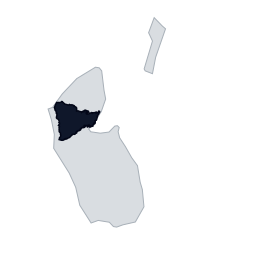 Bethlehem, West Bank, Palestine (highlighted), rotated 154°
{"feature_id": "87354302B24436251599031", "entity_name": "Bethlehem", "entity_type": "district", "adm_level": 2, "iso_a3": "PSE", "parent_name": "Palestine", "parent_adm1": "West Bank", "projection": "mercator", "projection_center": [35.239, 31.604], "detail": "fine", "context": "in_parent", "style": "filled", "palette": "ink", "viewbox_px": 256, "rotation_deg": 154, "n_neighbors": 0, "source": "geoboundaries", "source_scale": "gbopen_adm2", "svg_char_len": 6041}
<svg xmlns="http://www.w3.org/2000/svg" viewBox="0 0 256 256"><g transform="rotate(154 128 128)"><path d="M202.8,58.8L205.2,79.7L201.0,97.6L200.6,113.3L203.7,142.3L197.0,154.6L193.2,169.1L191.5,180.1L186.8,179.6L172.0,187.5L152.3,194.9L130.6,196.9L127.5,194.7L126.6,190.9L133.0,172.5L135.4,163.8L144.8,154.5L158.1,146.4L163.8,144.4L163.1,140.9L155.2,135.5L146.9,132.7L139.0,135.5L136.5,134.7L135.7,132.3L138.5,129.0L139.8,122.8L138.5,112.4L137.7,99.7L136.0,90.0L140.8,74.0L142.1,66.4L148.2,50.2L162.6,40.3L175.0,43.2L181.6,43.9L184.3,45.8L186.1,51.5L195.3,58.0L202.8,58.8ZM82.2,166.1L87.5,171.8L87.6,174.0L67.9,195.4L67.7,204.6L56.1,215.7L52.5,204.7L50.8,200.7L72.1,179.5L82.2,166.1Z" fill="#d9dde1" stroke="#a8b0b8" stroke-width="1"/><path d="M168.8,148.6L168.6,148.2L168.5,148.3L168.4,148.3L168.0,148.3L167.5,147.7L167.4,147.7L167.3,147.8L167.1,147.9L166.9,147.8L166.8,148.0L166.7,148.0L166.3,148.1L166.2,148.3L166.3,148.4L166.1,148.4L166.5,148.6L166.7,148.8L166.4,148.6L166.5,148.9L166.3,148.7L166.3,148.9L166.1,148.7L166.0,148.9L165.7,148.8L165.9,149.2L165.8,149.3L165.6,149.1L165.1,148.9L164.6,148.5L164.6,148.2L164.4,148.1L164.2,147.8L163.7,147.8L163.6,148.2L163.4,148.1L163.1,148.1L162.9,147.9L162.5,147.9L162.6,147.7L162.3,147.7L163.3,147.3L163.7,146.7L162.6,146.6L162.3,147.1L162.1,147.0L162.1,146.7L162.0,146.8L161.8,146.9L161.7,147.0L161.6,146.9L161.5,147.0L161.5,146.6L161.2,146.5L161.0,146.3L161.0,146.2L160.8,145.9L160.8,145.5L160.9,145.4L161.1,145.5L161.2,145.4L160.9,145.3L160.5,145.5L159.8,145.5L159.3,145.4L158.9,145.0L158.7,145.1L158.1,146.0L157.7,146.2L157.1,146.8L157.0,146.5L156.9,146.6L156.7,146.7L156.8,146.7L156.8,147.0L156.6,147.1L156.4,147.2L156.3,146.7L156.1,146.4L155.8,146.5L155.3,146.9L154.6,148.2L154.5,148.9L154.2,149.1L153.9,149.1L153.1,148.9L152.9,149.0L152.1,149.8L151.4,150.8L150.5,151.5L150.4,151.8L150.5,152.2L148.7,153.1L147.8,153.8L146.4,154.8L146.6,155.1L146.4,155.6L146.7,155.8L147.0,155.6L147.1,155.3L147.1,155.2L147.4,155.2L147.4,155.4L147.6,155.2L147.6,154.9L147.8,155.0L148.3,154.8L148.5,154.9L148.6,155.1L148.9,155.1L148.9,155.3L148.7,155.4L149.0,155.8L149.3,155.4L149.7,155.4L149.8,155.3L149.8,155.2L150.2,155.2L150.2,155.3L150.2,155.8L150.3,155.9L150.6,156.1L150.5,156.3L151.0,156.3L151.7,156.7L152.4,156.8L152.9,157.1L152.9,156.9L153.4,156.8L153.4,157.0L153.6,157.1L153.6,157.3L153.7,157.5L153.9,157.3L154.1,157.4L154.1,157.7L154.3,157.7L154.5,157.7L154.8,157.9L155.3,157.8L155.7,157.9L156.5,158.0L156.4,158.2L156.5,158.2L156.9,157.9L158.2,158.1L158.3,158.4L158.0,158.4L158.1,158.5L158.4,158.9L158.8,159.1L159.1,159.0L159.1,159.6L158.7,159.6L158.1,159.7L158.2,160.1L157.7,159.9L157.8,160.0L157.6,160.0L157.3,160.0L157.3,159.7L157.2,159.7L157.1,160.0L157.0,159.7L156.5,159.7L156.3,159.9L156.2,160.3L156.4,160.6L156.5,160.7L156.6,160.9L156.8,160.9L156.9,161.1L157.0,161.2L157.4,161.3L157.6,161.5L157.8,161.5L157.9,161.9L158.0,162.3L158.3,162.5L158.7,162.9L159.1,162.9L159.1,162.7L159.0,162.4L159.5,162.4L159.9,162.4L159.8,162.5L159.9,162.8L160.3,162.8L160.2,162.7L160.4,162.6L160.5,162.6L160.7,162.8L160.8,162.8L160.9,162.2L161.3,162.6L161.7,162.6L161.9,162.4L162.5,162.8L162.5,162.7L162.7,162.8L162.8,162.7L162.8,162.9L163.3,163.2L163.8,163.8L164.5,164.2L164.4,164.3L164.5,164.4L164.9,164.7L165.4,165.4L166.0,165.5L166.8,165.8L166.6,166.3L165.8,167.5L165.6,168.2L165.4,168.6L165.6,169.1L165.8,169.3L165.7,169.7L165.7,169.8L165.9,169.9L165.9,170.0L166.2,170.2L166.3,170.4L166.5,170.5L166.6,170.8L166.9,171.0L166.5,171.3L166.6,171.7L167.1,172.3L168.0,173.2L168.2,173.5L168.5,173.5L168.8,173.6L169.0,173.6L169.2,173.8L169.5,174.0L170.1,174.5L170.4,174.9L170.6,174.8L171.0,174.8L171.1,174.7L171.5,174.7L172.0,175.1L172.7,175.9L173.7,176.6L174.1,177.1L174.3,177.2L174.4,177.5L174.5,177.5L174.5,177.8L174.7,178.2L174.9,178.6L174.9,178.9L175.0,179.1L175.2,179.3L175.5,179.4L175.5,179.5L175.3,179.6L175.4,179.8L175.4,180.2L175.5,180.2L175.7,180.6L176.0,180.6L176.1,180.8L176.7,180.5L177.2,180.6L178.0,180.8L178.4,180.8L179.4,181.5L180.5,181.9L180.9,182.2L182.2,181.3L183.6,180.2L184.5,179.2L185.3,178.6L185.2,177.9L185.7,175.9L185.3,175.3L185.5,175.1L185.4,174.6L185.4,173.7L185.5,173.4L185.9,173.1L185.8,172.9L185.7,172.8L185.6,172.5L185.8,172.3L185.6,172.1L185.7,171.9L185.9,171.6L185.9,171.2L186.0,171.1L185.9,171.0L185.9,170.8L185.9,170.7L186.4,170.5L186.7,170.0L187.0,169.9L187.2,169.6L187.3,169.3L187.7,168.9L187.9,168.3L187.7,167.9L187.7,167.6L187.5,167.3L187.2,166.9L186.8,166.2L186.8,164.5L187.0,163.8L187.2,163.5L187.6,163.3L187.4,163.0L187.3,162.7L187.5,162.2L187.9,161.9L187.9,161.5L188.3,161.2L188.5,161.2L188.8,161.2L189.1,160.8L189.3,160.7L189.2,160.6L189.2,160.3L189.0,160.0L189.1,159.7L189.0,159.2L189.4,158.9L189.5,158.7L189.8,158.6L189.9,158.4L189.9,158.0L190.1,157.7L190.2,157.3L190.4,157.1L190.4,156.9L190.7,156.7L190.8,156.5L190.7,156.3L190.7,156.2L190.9,155.9L191.0,155.5L191.3,155.3L191.4,154.5L191.2,154.0L191.0,153.7L190.9,153.2L191.1,152.9L191.3,152.0L191.5,151.9L191.5,151.6L191.5,151.2L191.7,150.7L192.7,149.6L193.7,149.4L194.0,148.9L195.0,147.8L193.2,146.2L192.8,146.0L192.6,145.8L192.2,145.7L191.6,145.5L191.0,145.4L190.8,145.6L190.2,145.6L190.0,145.8L190.0,146.0L189.4,146.1L189.3,145.7L189.2,145.6L189.0,145.8L188.8,145.8L188.8,145.6L188.9,145.4L188.6,145.4L188.3,145.1L188.0,145.1L188.0,145.4L187.8,145.4L187.7,145.5L187.4,145.4L187.1,145.1L186.8,145.2L186.3,145.2L185.9,145.3L185.2,145.1L184.9,145.2L184.5,145.1L183.5,145.6L182.1,146.0L181.6,146.3L181.4,146.2L181.1,146.5L181.0,146.4L180.6,146.6L180.3,146.6L179.7,146.4L179.4,146.0L179.2,145.9L178.3,145.7L177.6,146.1L177.1,146.3L176.5,146.0L176.4,146.1L176.6,146.7L176.6,147.0L176.3,147.0L176.7,147.4L176.4,147.3L176.0,147.3L176.1,147.2L176.1,146.9L176.0,146.6L175.9,146.7L175.7,146.8L175.0,147.6L174.7,147.5L174.5,147.4L174.3,147.3L174.1,147.4L174.1,147.2L173.3,147.1L173.2,147.0L172.6,147.2L172.1,147.0L171.9,147.1L171.4,147.2L171.3,147.3L171.4,147.5L171.4,147.8L171.1,148.1L171.0,148.3L170.7,148.3L170.3,148.0L169.9,148.3L169.4,148.7L168.8,148.6Z" fill="#0f172a" stroke="#020617" stroke-width="1.5"/></g></svg>